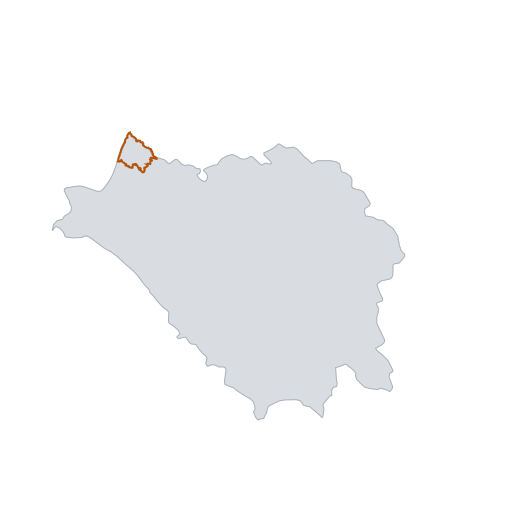 Grodno, Grodno, Belarus shown in context, rotated 40°
{"feature_id": "67162791B13547290723272", "entity_name": "Grodno", "entity_type": "district", "adm_level": 2, "iso_a3": "BLR", "parent_name": "Belarus", "parent_adm1": "Grodno", "projection": "natural_earth1", "projection_center": [24.107, 53.67], "detail": "fine", "context": "in_parent", "style": "outline", "palette": "amber", "viewbox_px": 512, "rotation_deg": 40, "n_neighbors": 0, "source": "geoboundaries", "source_scale": "gbopen_adm2", "svg_char_len": 7675}
<svg xmlns="http://www.w3.org/2000/svg" viewBox="0 0 512 512"><g transform="rotate(40 256 256)"><path d="M410.6,337.2L403.0,336.9L393.9,337.0L388.8,339.8L383.2,338.5L379.3,340.1L370.5,347.8L367.1,352.0L364.0,358.4L362.1,363.2L363.3,366.5L365.1,369.6L365.5,373.0L366.5,375.6L364.3,377.5L363.1,380.3L359.2,379.8L354.5,377.2L353.4,373.3L349.7,370.7L347.3,369.3L343.4,369.1L337.2,370.3L329.0,371.3L322.9,371.5L319.5,372.9L314.6,374.2L312.7,372.6L309.8,368.3L307.4,364.0L305.8,362.1L304.5,361.6L302.8,361.7L300.9,363.1L299.5,364.5L294.4,366.1L292.2,367.6L289.8,371.6L288.1,371.3L286.4,370.4L284.3,366.0L281.6,364.9L277.3,364.9L271.9,363.9L267.5,362.6L266.0,362.9L263.4,364.8L260.6,365.1L254.5,363.4L253.3,364.2L249.9,369.1L248.2,369.3L247.3,368.7L247.7,364.4L244.1,362.9L238.1,362.7L233.9,363.3L231.9,363.1L230.8,362.3L225.5,355.2L222.8,354.7L217.9,355.1L210.7,354.2L202.4,352.6L197.8,352.0L195.4,350.4L190.3,349.9L176.5,346.9L170.9,346.3L162.7,346.3L150.1,345.6L142.1,346.0L138.3,347.0L134.0,347.6L119.1,348.4L113.8,349.2L112.2,350.7L110.5,354.0L104.3,359.7L98.4,363.5L97.3,363.8L93.8,361.8L90.9,361.1L87.4,360.9L85.0,361.5L83.5,362.5L83.7,366.9L83.3,367.2L80.7,362.0L80.9,357.3L82.4,354.6L84.2,352.2L83.5,348.6L85.2,343.8L85.3,340.4L84.5,338.9L83.1,337.1L79.2,335.2L77.5,333.7L72.3,331.7L67.1,329.2L66.2,327.7L66.5,326.7L67.4,325.1L71.4,320.4L75.7,315.9L78.4,314.1L93.1,308.3L95.3,306.3L95.9,302.9L95.6,296.0L94.8,289.7L93.7,285.4L90.9,277.3L83.4,260.6L78.9,243.2L81.8,244.2L88.7,244.6L94.2,243.4L97.1,243.3L99.6,243.6L106.9,242.7L108.7,244.2L111.9,245.6L118.3,243.6L123.9,241.2L129.7,241.4L130.6,240.2L132.0,234.1L133.7,232.8L140.7,233.4L143.3,232.3L146.0,229.3L150.1,227.4L153.5,227.4L157.1,225.3L158.9,226.7L159.7,229.2L158.6,231.2L159.1,232.0L161.6,233.0L165.8,233.0L168.5,232.2L169.2,231.0L169.1,228.9L168.4,227.0L166.6,225.3L163.2,224.4L160.9,224.4L160.5,223.3L161.3,221.0L163.3,216.8L165.8,212.9L167.4,211.5L167.7,210.2L167.3,207.9L167.2,203.7L169.5,197.9L172.5,193.5L176.7,192.1L181.7,191.4L184.9,189.3L186.5,186.9L187.8,183.2L189.4,182.4L201.6,182.9L203.4,179.1L204.4,178.1L206.8,177.0L208.4,175.7L207.7,174.6L204.6,174.0L197.3,173.4L195.8,172.1L196.3,170.7L198.2,166.8L200.0,161.9L200.9,158.0L201.0,155.8L202.0,155.2L207.9,154.4L209.9,153.7L214.9,148.4L218.8,147.6L228.9,148.9L233.5,148.8L239.3,149.2L239.8,148.6L241.8,143.5L251.6,135.2L256.8,132.3L260.2,131.7L261.3,131.9L266.7,136.2L268.0,136.4L271.5,134.6L277.6,134.4L280.5,135.9L284.7,141.3L286.8,141.9L292.7,138.9L296.0,137.9L298.2,138.0L309.5,142.1L310.4,143.5L310.5,145.0L308.9,149.9L311.3,152.9L314.1,154.9L319.8,151.6L321.9,150.6L324.2,150.6L327.3,149.3L329.5,147.5L331.7,146.8L335.8,147.3L343.3,146.8L352.1,149.8L352.9,150.7L357.3,154.1L358.9,155.8L360.4,156.4L362.8,158.1L365.9,159.1L368.0,158.8L369.1,159.3L370.1,160.7L370.3,162.9L370.2,169.4L367.2,172.8L366.8,173.9L367.0,175.4L369.6,178.2L372.9,182.5L373.8,185.0L373.8,186.9L369.7,192.4L368.3,193.7L367.4,196.5L366.9,199.3L367.3,200.4L374.7,204.8L380.2,207.2L381.5,208.4L381.6,209.1L378.9,213.9L378.7,215.2L383.1,217.1L385.6,220.3L387.9,225.3L392.2,230.2L407.9,237.3L409.3,238.6L409.8,240.1L409.5,243.5L406.9,249.8L409.6,250.7L416.4,250.5L424.7,251.3L434.8,255.8L434.9,257.8L433.9,259.6L434.7,261.6L435.8,263.2L444.7,268.3L445.5,269.7L445.8,272.2L445.6,274.0L443.3,274.3L440.7,275.2L436.4,277.3L434.8,280.4L428.0,284.6L423.8,286.5L420.3,286.6L412.1,285.7L409.1,283.6L407.9,281.7L404.7,280.9L400.5,280.8L394.7,281.1L393.6,281.7L392.7,284.0L390.4,288.0L388.7,290.3L396.3,298.2L400.1,301.5L401.4,303.5L401.4,304.9L399.7,306.6L400.1,309.9L403.8,314.4L402.7,315.1L402.5,320.5L402.7,326.4L403.8,327.8L405.8,329.0L407.5,331.1L410.4,336.0L410.6,337.2Z" fill="#d9dde1" stroke="#a8b0b8" stroke-width="1"/><path d="M116.9,244.9L116.7,245.0L115.9,245.0L115.4,245.0L114.8,245.1L114.4,245.1L114.0,245.2L113.5,245.3L113.0,245.2L112.6,245.0L112.3,244.9L112.0,244.7L111.7,244.5L111.5,244.3L111.4,243.9L111.0,243.8L110.5,243.7L110.1,243.6L109.9,243.3L109.7,243.0L109.1,242.6L108.7,242.8L108.0,242.7L107.6,242.7L107.4,242.0L107.1,241.7L106.7,241.8L106.1,242.0L105.6,242.2L104.9,242.4L104.3,242.4L103.8,242.3L103.5,242.7L103.2,243.1L102.5,243.3L101.7,243.5L100.5,243.7L99.6,243.7L98.6,243.8L98.2,243.8L98.1,243.6L98.0,243.3L97.9,242.8L97.7,242.5L97.3,242.3L97.0,242.2L96.5,242.0L96.0,241.8L95.7,241.9L95.5,242.2L95.2,242.7L94.3,242.9L93.9,242.7L93.1,242.2L92.5,242.7L91.8,242.9L91.3,243.6L91.2,244.0L91.4,244.5L90.8,244.9L90.3,244.9L90.3,244.5L90.0,244.0L89.5,243.8L88.9,243.6L87.8,243.2L87.0,243.3L86.2,243.2L84.7,243.6L83.7,244.0L83.2,243.7L82.7,243.2L82.3,242.9L81.5,243.0L80.8,242.9L80.1,242.4L79.8,243.5L79.8,244.6L79.9,246.2L80.3,246.9L81.0,247.5L81.5,247.9L81.3,248.7L81.1,249.1L80.9,250.1L81.4,251.6L81.8,252.2L82.6,253.0L82.7,253.7L82.5,254.5L83.1,255.7L83.3,257.1L83.9,259.1L84.4,260.4L84.6,261.6L85.6,263.2L85.8,264.1L85.9,264.8L86.5,266.0L87.1,266.9L87.1,267.4L87.1,268.0L87.7,268.9L88.2,270.2L89.2,271.3L89.4,272.2L89.4,272.3L89.7,272.2L89.8,272.2L90.2,271.9L90.2,271.5L90.2,271.3L90.8,271.2L91.0,271.2L91.2,270.9L91.2,270.6L91.1,270.2L91.1,269.7L91.0,269.4L91.0,269.1L91.1,268.9L91.4,269.0L91.8,269.1L92.1,269.3L92.5,269.6L92.8,269.7L93.3,269.7L93.7,269.7L94.2,269.7L94.7,269.6L94.9,269.4L95.1,269.3L95.5,269.4L95.8,269.5L96.2,269.5L96.4,269.5L96.7,269.4L96.9,269.3L97.2,269.1L97.4,269.1L97.7,269.2L97.8,269.4L97.9,269.7L97.9,269.9L97.7,270.1L97.8,270.4L98.2,270.3L98.3,270.1L98.3,269.9L98.4,269.7L98.7,269.7L99.0,269.8L99.3,269.9L99.7,269.9L99.9,269.9L100.1,269.7L100.1,269.3L100.3,269.1L100.7,269.0L101.0,269.1L101.3,269.2L101.5,269.4L101.7,269.5L101.9,269.3L102.2,269.3L102.4,269.1L102.6,269.0L102.6,268.8L102.7,268.7L103.1,268.5L103.3,268.5L103.6,268.6L103.9,268.5L104.0,268.3L104.2,268.1L104.6,267.9L104.7,267.7L104.4,267.3L104.1,267.1L104.0,266.9L103.9,266.6L103.8,266.3L103.7,266.1L103.4,265.9L103.3,265.7L103.1,265.5L102.9,265.3L102.9,264.9L103.1,264.6L103.5,264.4L103.7,264.0L104.1,264.0L104.3,264.0L104.8,264.0L105.0,263.9L104.8,263.6L104.5,263.3L104.4,263.1L104.5,262.8L104.7,262.7L105.0,262.7L105.2,262.8L105.5,262.9L105.7,263.0L105.9,263.1L106.1,263.2L106.3,263.2L106.5,263.1L106.7,262.9L106.9,262.9L107.2,263.1L107.3,263.3L107.6,263.5L108.0,263.5L108.3,263.7L108.4,263.8L108.6,263.8L108.8,263.9L109.0,264.0L109.4,264.1L109.6,264.2L109.8,264.3L110.2,264.5L110.5,264.7L110.7,264.8L111.1,264.9L111.4,264.9L111.6,264.7L111.4,264.3L111.2,264.1L110.9,264.0L110.7,263.9L110.4,263.8L110.3,263.7L110.2,263.5L110.3,263.3L110.4,263.1L110.6,263.1L110.8,263.1L111.3,263.2L111.5,263.3L111.9,263.6L112.0,263.8L112.2,264.0L112.3,264.1L112.5,264.3L113.0,264.5L113.5,264.6L113.9,264.9L114.1,264.9L114.3,264.9L114.6,264.8L114.9,264.7L115.2,264.7L115.5,264.7L115.6,264.4L115.5,264.2L115.7,263.9L116.1,263.8L116.1,263.6L115.8,263.3L115.7,263.1L115.6,262.8L115.6,262.5L115.8,262.3L115.8,262.1L115.7,261.8L115.3,261.5L114.5,261.0L113.9,260.6L113.7,260.2L113.7,259.9L114.1,259.6L114.5,259.3L114.6,258.9L114.6,258.6L114.7,258.2L114.9,257.9L114.9,257.3L114.8,256.9L115.1,256.7L115.1,256.4L115.0,256.2L114.6,256.2L114.2,256.2L113.5,256.2L113.9,255.9L113.9,255.6L113.6,255.3L113.5,255.1L113.7,254.9L114.0,254.6L114.4,254.3L114.7,254.1L115.1,253.8L115.8,253.6L115.9,253.3L115.7,253.1L115.4,252.9L115.2,252.7L115.0,252.4L114.8,252.1L114.7,251.9L114.4,251.6L114.4,251.2L114.4,250.9L114.6,250.7L114.8,250.4L115.0,250.1L114.9,249.7L114.7,249.5L114.4,249.5L114.2,249.6L114.4,250.0L113.7,250.3L113.4,250.4L112.9,250.3L112.9,249.9L112.9,249.6L112.7,249.4L112.4,249.0L112.2,248.7L112.4,248.2L113.0,247.7L114.0,247.2L115.0,246.7L115.6,246.4L116.2,246.0L116.7,245.9L117.3,245.7L117.5,245.4L117.3,245.1L116.9,244.9L116.9,244.9Z" fill="none" stroke="#b45309" stroke-width="2"/></g></svg>